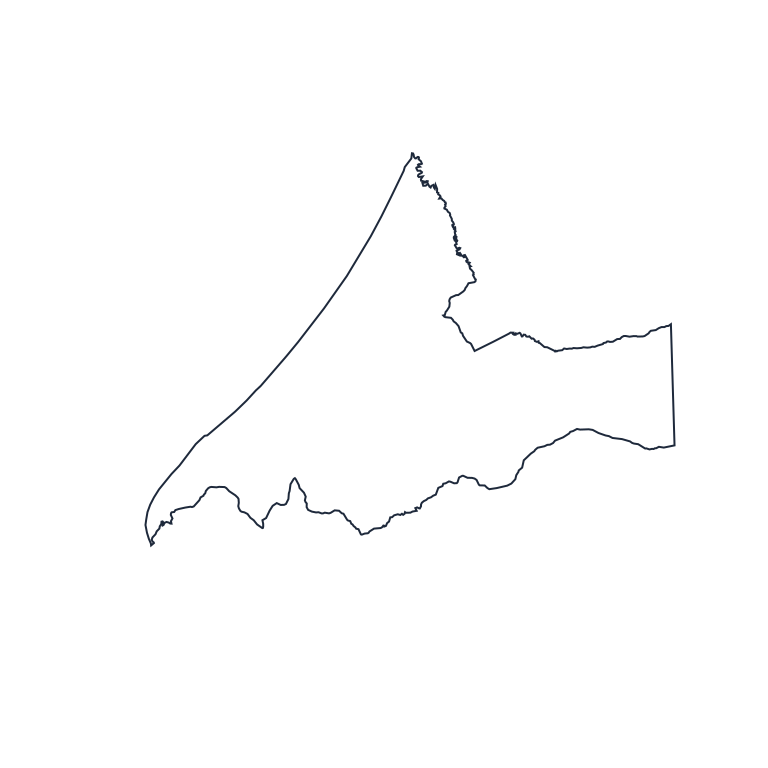 Pococi, Limón, Costa Rica, rotated 242°
{"feature_id": "36466004B96368575688704", "entity_name": "Pococi", "entity_type": "district", "adm_level": 2, "iso_a3": "CRI", "parent_name": "Costa Rica", "parent_adm1": "Limón", "projection": "albers", "projection_center": [-83.671, 10.502], "detail": "fine", "context": "isolated", "style": "outline", "palette": "slate", "viewbox_px": 768, "rotation_deg": 242, "n_neighbors": 0, "source": "geoboundaries", "source_scale": "gbopen_adm2", "svg_char_len": 6166}
<svg xmlns="http://www.w3.org/2000/svg" viewBox="0 0 768 768"><g transform="rotate(242 384 384)"><path d="M565.8,504.2L562.9,501.4L546.0,478.3L533.2,460.4L520.6,441.6L496.8,401.9L478.9,366.5L461.4,327.9L454.4,311.0L440.2,274.3L438.5,267.9L433.9,254.9L429.5,239.6L421.6,203.9L422.5,201.2L419.3,189.5L408.0,165.1L404.3,154.1L396.6,135.9L391.9,127.7L387.2,120.9L381.9,115.0L375.8,110.3L371.5,107.2L364.0,104.9L357.7,103.7L352.7,103.3L350.8,102.6L351.6,106.2L352.3,106.3L353.5,105.7L355.5,105.8L357.2,107.5L358.6,111.7L360.6,114.1L361.8,117.8L363.6,119.2L364.9,121.6L366.9,122.9L366.6,124.0L365.3,124.3L364.0,122.4L363.0,122.1L363.0,123.1L364.4,125.0L364.3,127.2L362.7,128.9L361.2,129.7L360.5,130.8L362.9,131.5L364.6,134.1L368.5,134.3L369.9,135.3L370.4,136.2L369.5,138.7L370.6,140.6L370.0,144.0L368.2,150.5L366.5,155.5L365.5,156.7L365.2,158.5L368.1,166.5L370.0,168.8L370.1,172.1L370.9,173.0L371.4,174.8L373.2,176.5L374.5,179.8L374.6,181.6L374.2,183.2L371.4,187.6L370.6,190.1L367.8,194.9L366.2,195.9L362.0,197.0L355.5,200.5L352.4,201.5L350.8,201.6L347.2,200.0L344.6,198.0L342.3,197.5L339.5,197.6L338.2,198.2L336.2,200.5L333.3,202.5L328.6,203.2L324.9,205.0L319.6,206.0L313.9,208.9L313.8,209.6L315.0,210.5L317.3,211.7L320.8,212.7L321.0,217.0L325.9,223.6L328.7,228.5L329.2,233.4L325.7,236.0L324.2,239.1L324.1,241.1L327.3,245.6L332.2,248.7L333.8,250.4L339.4,254.4L342.6,259.8L342.7,261.1L341.3,261.4L335.0,261.4L331.7,260.6L325.6,262.3L321.3,262.0L318.4,259.5L316.6,259.3L314.8,259.7L311.6,257.9L308.5,257.9L305.2,260.4L302.5,263.7L301.5,266.0L299.1,268.1L298.4,269.4L298.2,271.3L295.6,274.7L295.3,276.4L295.6,281.1L293.2,284.8L289.7,286.0L288.5,287.3L281.4,287.7L280.4,288.1L278.8,289.8L276.0,289.5L274.7,290.3L272.8,290.5L270.8,291.4L269.3,291.5L267.8,293.3L262.1,293.0L261.4,293.7L261.0,296.8L259.8,299.6L259.9,300.7L260.6,301.9L261.0,307.3L258.4,313.4L258.4,315.0L259.3,317.0L258.8,317.6L258.0,317.4L257.8,319.1L259.7,321.4L260.2,323.9L263.3,326.9L262.6,328.7L263.3,331.3L262.5,335.0L260.7,336.9L261.0,338.9L259.5,339.5L259.7,341.1L261.0,342.4L260.0,342.9L258.0,346.9L258.0,349.3L256.7,353.3L259.7,353.4L259.5,355.3L257.6,356.7L257.3,357.2L258.6,359.2L260.3,360.2L261.4,361.7L261.9,364.1L261.8,367.0L262.4,369.0L261.9,372.3L262.3,375.0L262.0,377.8L266.8,383.2L266.4,387.7L268.1,389.5L267.4,391.8L267.5,395.6L266.5,396.8L263.4,399.3L262.3,401.7L262.7,402.8L266.2,406.4L266.2,410.0L265.7,410.9L262.0,413.7L259.8,417.6L258.0,419.6L255.8,420.7L250.6,420.5L249.6,420.9L247.1,425.3L243.5,426.5L241.7,427.6L239.2,434.6L236.4,445.1L236.3,449.7L238.3,455.3L241.4,458.0L243.3,461.4L244.4,462.4L245.3,466.7L251.0,471.6L253.6,480.9L254.1,485.1L254.9,486.6L255.6,489.7L253.7,496.5L253.6,499.6L252.5,502.1L252.5,505.6L253.7,508.4L252.8,517.1L253.4,524.2L254.3,526.0L253.7,528.8L253.7,533.3L251.7,535.7L247.9,543.5L245.5,546.7L240.0,550.4L234.5,555.5L232.4,558.1L229.1,560.4L223.6,568.3L217.8,574.3L215.5,575.4L214.1,576.7L211.5,580.2L204.4,584.3L204.0,585.4L201.6,587.7L200.9,590.2L200.0,591.6L200.1,592.9L199.5,594.2L199.5,597.2L196.5,601.2L193.4,611.7L302.1,665.4L301.7,662.5L302.6,660.4L302.6,658.3L304.0,655.8L304.3,652.7L304.0,649.3L305.7,644.6L305.3,642.9L304.5,641.4L304.0,636.6L304.5,634.8L306.8,630.2L307.8,629.3L309.1,626.9L310.5,623.0L312.8,620.1L313.8,618.3L313.8,615.9L313.0,613.5L314.2,611.0L313.9,605.9L315.1,603.2L316.1,602.3L316.8,601.0L316.4,599.5L317.1,597.0L316.5,596.0L317.6,590.7L317.9,587.5L319.2,585.4L319.5,583.3L320.7,580.5L322.8,577.3L323.2,575.2L324.9,571.2L326.8,568.2L327.0,566.5L328.2,564.4L329.1,561.8L330.8,559.7L330.2,557.2L331.7,553.3L331.7,551.9L332.7,551.3L332.4,550.3L333.4,550.0L339.8,545.4L341.3,543.0L347.0,540.8L347.7,540.0L349.2,540.5L349.4,538.8L351.1,537.4L352.1,537.7L353.0,537.5L354.3,536.9L354.7,535.6L357.9,534.7L358.1,533.4L359.1,532.0L361.1,531.8L362.0,530.5L361.0,528.6L361.3,528.0L364.6,528.2L365.5,527.8L365.7,525.4L366.9,524.0L365.7,523.4L366.1,522.4L366.5,522.0L367.0,522.5L367.2,521.6L367.6,521.3L368.4,521.2L368.8,521.9L370.0,519.8L369.8,517.9L370.0,500.4L370.6,479.5L378.5,479.7L379.8,479.2L382.6,477.1L389.4,476.4L392.0,476.9L393.5,476.0L400.1,477.0L404.1,476.1L406.6,474.9L408.5,474.9L411.0,474.2L414.1,469.7L415.0,468.9L416.7,468.5L416.3,470.0L418.8,472.4L419.2,473.8L421.6,478.0L424.7,480.1L426.6,480.5L428.0,481.7L429.0,483.5L428.6,489.4L427.7,491.3L428.5,497.5L429.2,499.5L430.4,500.8L431.6,503.4L433.3,505.9L431.5,511.6L431.7,512.9L433.2,514.1L433.8,513.7L438.4,513.7L438.6,514.6L439.5,514.7L440.1,515.4L443.2,514.9L445.5,514.1L447.8,514.8L447.4,515.8L450.1,515.0L450.8,516.6L451.7,515.9L452.0,514.8L453.4,514.2L454.2,514.5L454.0,515.9L454.4,516.2L459.9,516.0L460.1,515.2L458.2,515.0L458.4,514.0L460.3,513.5L461.5,511.9L462.3,512.8L464.1,512.6L464.1,512.2L462.2,511.0L464.3,509.3L464.8,509.7L464.8,511.1L466.5,510.4L467.7,510.7L467.4,513.8L468.2,515.1L468.9,514.5L469.1,512.9L469.7,511.9L473.3,511.7L473.6,512.2L473.4,513.8L475.9,514.4L475.8,515.5L476.2,516.0L477.3,515.8L477.6,514.3L478.4,514.3L478.7,514.6L478.7,516.2L479.9,517.0L480.4,516.3L480.3,515.5L478.9,514.0L480.3,514.2L481.1,514.8L481.9,517.2L482.8,517.1L485.0,517.8L485.1,518.9L485.4,519.0L487.2,518.7L487.3,519.7L488.8,520.3L488.8,518.7L490.5,519.3L490.6,518.6L491.6,518.7L492.3,518.9L492.4,520.8L494.3,521.0L496.4,520.6L498.0,521.4L501.9,521.4L502.5,522.0L504.1,522.3L506.1,521.3L508.4,521.3L510.6,519.7L511.3,520.1L512.1,521.9L513.7,522.1L514.0,523.2L515.3,523.6L515.7,523.1L517.4,523.1L519.0,522.2L521.0,521.8L521.8,519.8L523.2,522.0L524.5,521.8L526.0,520.9L527.2,521.7L528.3,520.8L531.3,522.5L535.6,523.0L532.5,520.5L534.0,520.3L536.6,521.1L536.7,518.8L535.6,517.4L536.8,516.8L540.1,516.8L539.5,514.0L540.6,511.7L543.5,512.3L542.1,516.1L542.1,517.4L542.5,517.8L543.1,517.1L543.2,515.3L546.1,512.2L547.5,512.7L549.1,515.7L550.4,511.9L551.6,511.6L552.4,512.2L552.8,513.6L552.7,516.4L553.2,517.0L555.3,516.2L556.5,513.8L559.3,513.8L559.8,514.1L559.8,515.2L559.0,517.7L560.7,516.9L561.6,516.9L561.7,517.3L561.7,518.2L560.8,519.6L560.7,520.9L563.3,521.2L566.2,520.1L567.3,521.1L568.2,521.1L568.7,520.3L568.2,518.1L568.5,517.5L570.5,517.1L572.5,517.8L573.9,517.9L574.6,517.0L570.3,514.0L565.8,504.2Z" fill="none" stroke="#1e293b" stroke-width="2"/></g></svg>